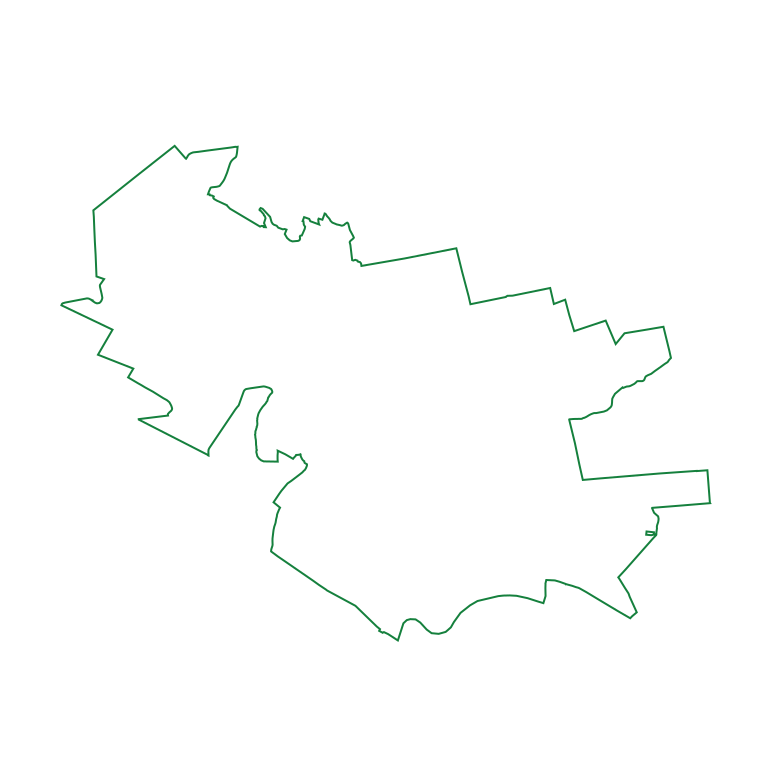 outline of Ciobanu, Constanta, Romania, rotated 174°
{"feature_id": "2599482B30687674073504", "entity_name": "Ciobanu", "entity_type": "district", "adm_level": 2, "iso_a3": "ROU", "parent_name": "Romania", "parent_adm1": "Constanta", "projection": "equal_earth", "projection_center": [28.044, 44.709], "detail": "fine", "context": "isolated", "style": "outline", "palette": "green", "viewbox_px": 768, "rotation_deg": 174, "n_neighbors": 0, "source": "geoboundaries", "source_scale": "gbopen_adm2", "svg_char_len": 6071}
<svg xmlns="http://www.w3.org/2000/svg" viewBox="0 0 768 768"><g transform="rotate(174 384 384)"><path d="M248.4,149.4L245.5,156.2L244.8,164.3L244.3,168.0L244.3,168.7L243.1,172.1L234.6,170.8L229.9,168.9L224.3,166.2L224.1,165.8L223.8,165.9L217.9,163.6L214.3,161.9L212.2,161.1L211.1,160.5L204.6,155.9L193.9,147.8L175.8,134.2L163.6,125.3L161.5,127.1L156.5,130.5L161.9,146.7L162.7,150.1L165.7,156.0L170.2,165.4L171.2,167.2L163.0,174.4L132.4,202.5L129.1,205.3L128.8,206.2L129.0,206.4L129.5,206.0L130.2,205.9L131.5,206.0L134.0,205.7L139.0,206.7L138.3,209.9L131.0,208.3L131.5,206.2L130.1,206.1L129.8,206.2L128.9,206.7L127.6,212.0L127.6,213.4L127.1,215.1L125.8,217.9L125.3,219.7L125.0,221.3L125.2,223.7L128.6,227.4L128.9,227.8L130.4,232.6L130.2,232.8L102.9,232.1L72.1,231.4L72.3,231.9L71.4,264.4L82.0,264.7L82.0,264.9L119.2,266.2L178.6,267.5L196.3,267.8L198.1,283.3L200.3,305.2L203.5,328.8L203.5,329.4L203.3,329.5L199.2,329.4L191.0,328.7L189.2,329.4L188.4,329.4L186.1,330.2L183.0,331.7L181.1,332.4L179.2,332.9L178.1,333.1L176.1,332.9L168.2,333.6L165.0,334.5L161.2,337.1L160.3,338.1L159.7,339.2L159.1,341.9L158.9,343.5L158.5,345.5L157.5,347.1L155.3,350.1L147.1,355.7L146.6,355.1L143.0,356.1L140.4,356.1L139.1,356.4L135.0,358.0L133.1,359.3L132.4,360.0L131.8,360.3L130.9,360.3L127.6,359.9L126.5,359.9L125.5,360.3L124.7,361.0L124.0,362.4L123.2,363.8L122.6,364.3L120.8,365.1L117.2,366.2L113.1,368.7L110.0,370.4L102.7,374.6L99.9,376.0L99.3,376.5L98.0,378.1L95.9,379.9L96.6,385.8L96.6,386.0L100.1,411.7L115.7,410.7L139.5,409.3L149.4,399.5L156.9,423.9L189.3,416.7L192.5,433.0L195.0,448.9L206.7,445.8L208.7,462.1L246.9,458.4L252.0,458.8L253.5,458.1L253.7,457.8L289.7,454.3L290.7,462.6L294.6,487.6L297.9,511.4L350.3,506.7L394.1,503.8L394.2,506.3L395.2,507.8L396.9,508.3L397.4,508.7L397.5,509.5L399.6,510.5L401.6,510.0L402.7,510.5L402.9,525.8L403.3,528.4L403.1,529.1L402.3,529.9L399.2,532.0L398.7,532.7L399.3,534.6L401.8,540.7L402.8,547.1L403.1,547.7L403.6,548.3L403.9,548.3L405.9,547.3L407.2,546.3L407.9,546.1L408.7,545.9L409.6,545.9L411.5,546.7L414.5,547.7L415.3,548.2L418.5,549.9L420.1,551.8L420.8,553.6L421.9,555.3L423.0,556.7L424.2,559.1L424.9,559.7L425.2,559.8L425.5,559.0L428.1,553.8L431.7,555.3L432.2,554.4L432.2,550.9L431.8,549.4L440.3,553.6L441.1,556.0L446.0,558.3L447.9,554.5L447.1,554.2L447.1,550.8L446.0,548.6L446.7,546.4L450.2,540.3L451.8,540.2L452.3,539.4L452.3,537.1L453.1,535.8L454.5,535.3L460.2,535.4L462.7,536.7L465.1,539.3L467.0,543.5L464.8,547.7L466.6,548.5L468.5,548.4L472.8,550.5L474.2,552.6L476.8,553.9L478.0,555.0L478.9,556.9L479.8,562.1L486.4,570.9L488.3,571.9L489.5,570.7L489.6,570.0L489.2,569.5L488.5,569.1L485.8,565.2L485.8,564.3L484.9,563.3L484.5,561.2L486.5,556.6L485.2,552.3L487.2,552.6L487.1,553.7L489.4,554.0L490.8,553.5L518.9,574.5L521.3,577.6L521.4,578.1L531.0,583.8L533.6,585.7L534.4,587.0L533.7,588.3L535.2,589.3L537.6,590.0L537.6,590.8L538.1,591.0L539.2,591.1L538.0,593.7L536.1,597.1L535.7,597.4L534.6,597.6L530.1,597.6L528.4,597.8L527.0,598.1L526.4,598.5L525.0,600.0L523.4,601.7L522.3,603.0L521.2,604.6L520.2,606.4L518.0,610.5L514.4,618.6L513.6,620.1L512.7,621.4L511.8,622.3L511.0,623.0L509.7,623.9L508.3,624.7L507.5,625.3L507.2,625.8L506.6,627.4L506.1,629.1L504.8,635.2L505.8,635.1L506.2,635.2L506.5,635.4L508.1,635.4L509.1,635.3L511.2,635.2L535.4,634.6L544.4,634.3L548.9,634.3L550.1,634.2L552.1,633.6L553.7,632.9L554.5,632.2L555.4,631.2L556.2,630.0L557.3,628.7L557.6,628.9L567.3,642.7L605.0,618.9L654.9,587.1L655.1,580.6L655.9,568.4L656.7,555.4L657.3,542.6L658.7,521.0L651.4,517.6L656.0,512.4L656.3,511.5L656.3,510.2L655.4,503.1L655.1,499.2L655.4,498.2L656.3,496.4L657.5,495.1L658.5,494.4L659.1,494.3L661.0,494.2L662.7,495.0L664.4,496.4L666.8,498.6L666.7,498.6L668.7,499.8L670.4,500.2L692.6,498.3L695.2,497.8L696.0,497.2L696.6,496.0L648.3,466.4L665.4,443.0L631.7,425.5L637.8,417.3L628.5,410.4L625.4,408.2L622.1,405.7L614.6,400.5L604.9,392.9L601.7,390.7L600.1,389.1L599.3,388.2L598.2,385.6L597.7,384.1L597.3,382.0L597.4,381.2L597.7,380.6L598.1,380.0L598.6,379.5L600.5,378.2L602.0,376.8L602.1,376.5L602.2,375.9L602.1,375.2L631.6,374.7L631.6,374.2L566.5,331.8L566.5,331.5L566.0,331.2L565.7,335.3L565.5,336.3L565.3,337.1L564.3,338.7L534.6,374.1L532.0,376.8L531.0,377.6L530.4,378.6L525.1,389.6L524.1,391.6L523.4,392.4L522.4,393.1L521.6,393.4L517.1,393.7L504.2,394.2L503.5,394.1L502.2,393.7L498.3,392.0L498.1,391.7L497.0,391.0L496.6,390.5L496.1,389.1L495.9,388.2L496.1,387.1L497.9,385.7L499.0,384.6L499.7,383.5L500.1,383.0L500.6,382.7L500.8,381.9L501.2,381.0L501.8,379.4L502.0,379.1L502.8,378.4L503.1,377.8L504.4,376.4L507.0,374.1L509.7,371.0L511.7,368.1L512.3,366.8L513.7,362.9L513.6,362.4L513.8,361.5L514.0,361.2L514.1,357.6L514.5,355.8L515.1,354.8L515.1,354.1L515.6,353.3L515.9,352.2L516.8,350.5L517.2,347.8L517.6,347.0L517.4,346.1L517.5,344.2L517.3,341.8L517.4,339.4L517.6,336.9L517.5,335.1L517.7,332.6L517.4,332.1L517.4,331.4L517.9,330.9L518.1,329.5L517.5,325.3L516.1,322.9L514.1,320.9L511.7,319.6L497.8,317.9L497.7,320.4L497.3,324.2L496.7,327.4L496.7,328.8L489.5,324.4L482.3,319.1L481.3,320.1L479.0,322.1L478.8,322.6L476.9,322.5L475.1,322.6L474.5,322.9L474.3,322.7L474.4,321.9L474.3,320.6L473.3,317.9L472.8,317.0L472.2,316.2L471.4,315.6L471.3,314.1L471.0,313.7L470.1,313.0L469.0,312.2L469.2,310.8L470.4,308.5L471.6,306.9L472.8,306.1L474.5,304.6L477.7,302.6L486.4,297.3L490.3,295.2L497.2,288.5L499.6,285.8L506.2,277.9L500.3,271.9L501.5,270.1L503.4,266.6L504.1,265.0L504.4,263.5L505.4,260.8L506.3,257.5L506.9,256.0L508.0,253.7L509.1,250.4L509.6,248.3L511.0,242.1L511.3,239.8L511.6,235.8L511.9,234.7L513.1,232.0L513.4,231.2L513.8,229.4L513.7,229.2L507.6,223.6L475.2,195.9L469.7,191.0L463.3,185.7L462.2,184.6L435.6,166.4L420.5,148.3L416.5,143.5L413.6,140.6L414.6,139.0L411.3,136.7L410.6,137.2L409.9,137.2L406.0,134.8L397.0,127.5L389.7,144.0L386.0,146.8L382.4,147.4L377.2,146.6L372.9,143.0L367.2,135.3L362.7,131.2L355.7,129.8L348.6,131.0L346.4,132.5L342.9,135.0L339.4,139.9L331.8,148.4L321.5,154.9L313.7,158.4L292.5,161.1L287.4,161.1L281.1,160.6L274.3,159.5L263.6,156.0L253.2,151.4L248.4,149.4Z" fill="none" stroke="#15803d" stroke-width="2"/></g></svg>